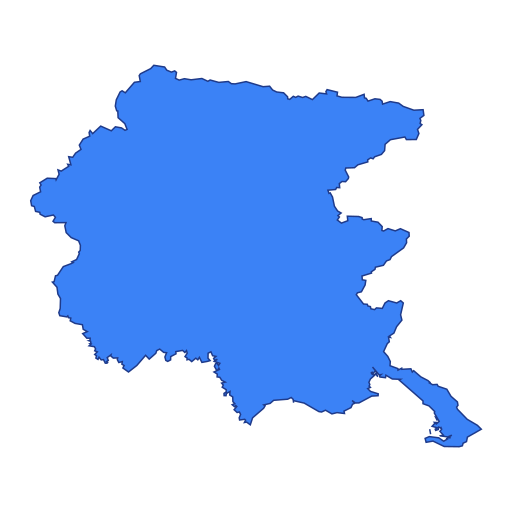 outline of Friuli Venezia Giulia, Udine, Italy
{"feature_id": "23120603B53770696546298", "entity_name": "Friuli Venezia Giulia", "entity_type": "district", "adm_level": 2, "iso_a3": "ITA", "parent_name": "Italy", "parent_adm1": "Udine", "projection": "natural_earth1", "projection_center": [13.386, 46.114], "detail": "fine", "context": "isolated", "style": "filled", "palette": "blue", "viewbox_px": 512, "rotation_deg": 0, "n_neighbors": 0, "source": "geoboundaries", "source_scale": "gbopen_adm2", "svg_char_len": 5981}
<svg xmlns="http://www.w3.org/2000/svg" viewBox="0 0 512 512"><path d="M250.3,424.8L252.6,417.8L263.6,408.3L265.1,405.8L263.8,404.9L270.1,403.4L273.7,400.3L287.7,399.2L291.2,397.5L293.2,399.4L293.6,402.7L293.3,400.6L304.2,403.1L318.9,411.6L321.6,412.0L325.5,410.2L331.9,413.9L337.0,412.6L344.5,413.5L344.0,411.1L351.0,407.6L352.5,404.3L354.6,403.3L352.1,400.5L355.3,403.0L359.0,402.9L371.7,396.1L378.1,395.7L378.2,393.8L370.5,391.4L367.7,388.6L370.4,387.4L369.1,386.1L369.8,384.5L368.9,382.3L370.4,379.0L376.0,374.0L377.5,376.4L377.8,376.6L376.1,373.3L373.9,375.1L371.8,373.9L371.3,372.8L372.2,372.2L373.3,373.4L374.8,371.3L376.7,372.2L372.5,367.0L379.2,374.9L381.0,374.6L379.6,375.8L379.9,377.0L385.5,377.7L385.9,375.2L392.3,379.0L400.4,379.3L399.1,380.0L423.0,400.9L423.0,403.7L429.0,405.9L434.7,411.5L434.3,413.0L439.2,421.4L436.3,424.0L435.4,423.2L436.4,422.5L434.4,422.4L435.0,423.1L432.1,426.3L437.3,427.8L435.2,429.2L435.7,430.4L438.3,429.5L438.5,427.1L440.5,427.7L440.0,428.5L441.0,427.6L441.7,429.2L439.9,431.3L443.5,435.3L442.9,436.1L441.5,435.5L440.4,435.8L440.5,435.9L447.8,436.9L451.8,435.1L449.2,437.0L450.5,438.0L447.7,437.4L447.1,438.9L445.9,438.6L447.2,439.1L443.7,441.2L438.7,437.8L429.3,436.6L425.1,438.4L426.1,442.3L433.0,441.1L444.2,446.5L459.2,446.7L462.4,445.8L463.1,443.2L466.5,441.6L467.4,437.1L481.3,429.2L477.4,425.3L467.2,419.3L457.4,409.2L456.6,407.1L458.0,405.3L457.4,401.9L451.0,396.3L446.8,389.2L438.2,386.3L437.1,384.4L432.6,384.7L429.4,382.9L430.0,382.4L428.0,380.6L420.9,376.9L413.7,370.7L412.3,372.0L410.9,368.8L401.8,369.3L401.7,368.2L398.0,370.1L397.9,368.6L390.0,365.7L390.3,361.5L387.8,356.4L383.6,351.6L387.3,343.6L389.3,341.8L388.5,337.0L390.4,337.4L389.4,336.0L393.9,333.1L396.6,326.7L401.9,320.1L400.6,314.8L403.3,303.0L400.7,300.7L396.7,303.0L388.4,300.7L385.0,303.0L382.3,308.4L376.4,307.9L374.6,309.6L370.9,308.8L370.4,306.6L367.9,306.0L367.3,304.3L363.5,304.0L356.3,294.7L357.4,292.8L361.4,291.8L365.1,285.0L365.8,280.4L362.3,279.8L362.0,276.0L371.5,273.1L371.3,271.8L375.0,269.3L375.4,267.2L383.4,265.3L386.5,260.9L390.0,259.6L391.5,256.6L403.6,247.9L406.6,242.7L406.4,239.0L409.2,236.2L409.0,232.5L400.4,228.7L395.3,230.9L388.0,228.6L383.6,231.0L381.9,230.5L382.2,226.6L378.0,222.2L371.3,221.0L371.2,218.6L363.8,219.7L362.2,219.0L362.1,217.6L358.6,216.5L347.3,216.2L347.8,220.7L341.4,223.1L337.3,220.0L339.4,217.0L337.9,215.6L341.1,213.0L337.6,211.0L334.4,206.2L332.5,197.0L330.2,192.9L329.0,193.4L327.9,190.2L335.6,189.5L336.7,187.5L339.7,187.7L339.3,183.6L342.0,181.5L345.6,181.7L348.3,178.6L348.7,177.0L345.2,170.1L345.8,168.0L354.5,167.7L357.9,164.8L367.8,161.9L367.7,159.8L370.7,157.9L373.1,158.8L374.6,156.8L381.4,154.4L384.6,150.6L385.1,144.3L390.4,139.7L404.9,137.0L406.4,139.6L416.3,139.5L418.9,133.5L417.5,129.4L421.9,124.7L420.1,123.5L420.8,120.5L419.9,118.4L423.9,115.4L423.1,109.7L413.9,110.2L403.2,106.4L398.7,103.1L390.2,101.6L382.6,104.1L382.1,101.2L380.1,99.4L374.9,98.8L368.0,101.1L366.2,98.3L364.5,97.9L364.1,94.3L355.8,97.4L341.9,97.3L337.0,95.9L337.5,92.2L327.1,89.6L325.9,91.6L326.6,93.9L319.2,93.0L312.4,99.6L305.8,96.4L302.6,97.5L298.1,96.1L295.7,97.4L293.3,96.3L289.7,99.4L287.7,98.8L287.6,96.8L283.6,92.8L276.7,92.0L272.6,90.0L269.6,86.2L263.1,86.7L246.1,81.6L235.2,83.9L231.4,83.7L228.3,81.5L218.8,82.4L210.1,80.0L207.9,81.3L201.9,78.5L191.1,79.8L184.4,78.7L179.2,80.1L175.5,78.4L176.5,72.4L174.7,70.9L171.4,72.1L166.8,70.2L164.6,67.0L153.8,65.3L150.7,68.6L140.4,73.8L139.2,75.6L140.3,81.5L134.4,82.3L125.3,92.8L122.1,90.8L120.1,92.0L116.3,99.8L115.3,106.1L116.7,110.8L117.8,111.0L118.1,117.7L124.8,123.6L127.1,129.4L125.0,130.3L121.5,127.9L115.4,126.8L111.3,130.8L100.7,126.1L92.7,133.6L90.1,130.5L89.1,132.5L89.7,136.2L83.1,139.1L79.3,145.1L81.0,149.4L75.6,153.1L72.7,157.3L68.7,156.7L70.9,164.8L67.7,164.3L68.7,166.3L61.2,171.1L58.0,169.9L59.1,174.3L56.1,179.8L55.8,178.6L47.2,178.2L39.8,182.8L41.1,185.0L39.7,187.1L40.6,191.8L33.1,195.5L30.7,200.7L31.6,205.7L34.3,206.5L35.6,211.4L39.8,212.3L40.1,214.2L45.1,216.8L53.4,215.0L55.4,217.3L53.0,221.3L54.7,222.7L66.0,222.6L64.8,225.8L66.2,232.6L71.2,237.6L78.6,240.8L80.4,245.3L80.2,250.5L78.7,252.1L79.3,253.7L76.6,259.5L71.8,261.8L73.2,262.6L71.0,263.7L63.3,266.6L57.5,275.3L55.5,275.8L54.1,281.7L52.4,282.1L57.0,287.3L57.9,294.1L60.5,298.5L60.2,308.5L58.8,312.7L59.8,315.7L66.8,316.9L67.8,315.9L68.5,317.7L70.8,318.1L70.2,320.8L75.0,323.4L82.4,324.7L83.2,329.3L87.3,331.6L82.7,333.6L86.8,338.2L90.2,338.2L90.0,340.4L88.9,340.7L90.6,341.3L90.9,343.3L90.1,343.6L91.1,344.0L89.1,345.8L94.4,346.7L95.6,348.9L94.7,350.8L97.3,351.8L94.7,354.5L96.5,355.7L95.9,358.1L98.0,359.4L99.0,357.2L101.2,359.9L103.5,359.6L105.3,363.2L106.9,363.2L107.6,362.6L106.6,361.5L108.3,360.5L107.2,357.6L111.0,354.8L110.7,355.9L113.3,358.1L117.7,357.9L117.3,359.6L118.8,362.5L122.3,361.6L121.9,364.2L124.1,365.5L122.9,368.0L128.5,372.0L136.8,365.5L145.6,355.3L149.2,359.1L155.8,353.3L156.7,350.6L159.7,349.1L163.7,352.4L166.6,352.7L164.9,357.0L165.8,360.4L167.7,361.4L170.6,359.9L170.7,356.6L176.0,353.8L175.8,351.6L182.6,350.4L184.9,352.5L186.5,350.6L187.2,353.2L185.0,356.6L187.1,358.0L187.0,359.8L189.0,359.3L191.7,361.6L195.8,358.2L197.8,359.8L199.4,357.4L201.9,362.4L207.4,361.4L210.1,360.6L208.0,358.2L208.1,353.2L210.9,351.8L212.6,355.7L215.9,356.4L213.6,358.4L214.5,360.3L217.4,359.3L214.3,361.4L219.9,363.3L218.5,365.5L217.1,363.3L215.6,363.7L214.4,366.3L216.4,369.9L217.6,370.2L218.9,368.1L219.5,369.4L214.0,372.0L217.3,374.1L217.1,376.9L219.8,377.3L221.7,380.3L225.2,382.1L221.6,383.1L223.3,385.1L222.2,387.2L226.2,389.7L226.2,391.9L224.0,393.4L224.1,395.6L226.0,395.7L226.4,393.5L230.0,391.5L229.7,395.0L232.7,396.9L232.9,401.6L234.8,403.7L232.2,404.7L234.5,406.7L235.8,405.6L236.8,406.5L234.1,409.7L237.1,412.5L239.4,412.0L240.6,414.4L239.2,417.8L239.6,420.0L244.7,419.3L245.6,420.2L244.4,422.5L246.6,422.1L250.3,424.8ZM436.3,417.7L435.7,417.4L437.3,420.6L436.3,417.7ZM430.6,434.2L429.7,429.2L430.6,434.2Z" fill="#3b82f6" stroke="#1e3a8a" stroke-width="1.5"/></svg>